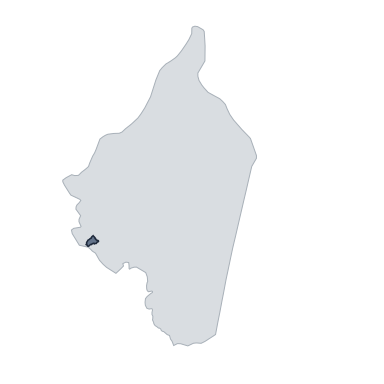 location of Al-Qardaha, Lattakia, Syria, rotated 317°
{"feature_id": "27442178B45607569668873", "entity_name": "Al-Qardaha", "entity_type": "district", "adm_level": 2, "iso_a3": "SYR", "parent_name": "Syria", "parent_adm1": "Lattakia", "projection": "equal_earth", "projection_center": [36.094, 35.442], "detail": "fine", "context": "in_parent", "style": "filled", "palette": "slate", "viewbox_px": 384, "rotation_deg": 317, "n_neighbors": 0, "source": "geoboundaries", "source_scale": "gbopen_adm2", "svg_char_len": 3810}
<svg xmlns="http://www.w3.org/2000/svg" viewBox="0 0 384 384"><g transform="rotate(317 192 192)"><path d="M77.9,137.6L80.7,137.9L86.4,141.7L87.4,141.5L89.1,136.6L90.8,134.9L94.4,133.4L95.4,125.4L97.1,123.8L99.1,123.0L102.2,122.9L104.9,122.4L105.0,121.0L101.3,111.7L101.6,109.4L103.4,100.0L104.5,96.4L105.6,95.2L109.8,95.7L115.8,97.3L117.4,100.0L120.3,102.4L124.7,102.2L129.7,102.7L133.7,102.8L136.8,101.1L143.9,98.0L147.4,97.0L150.6,95.6L160.8,90.5L164.9,90.9L167.8,91.6L169.9,92.4L174.8,95.9L178.8,99.4L181.6,100.4L186.7,100.4L194.0,101.0L202.9,101.0L208.2,100.0L214.8,98.3L226.6,94.1L242.1,85.4L251.2,81.2L255.2,80.7L260.3,80.6L265.5,81.7L271.4,82.5L274.1,82.5L280.4,81.6L288.5,79.8L293.7,78.4L299.8,76.0L303.6,72.1L304.8,71.7L306.5,72.4L307.2,72.7L308.9,74.9L310.7,80.7L310.7,81.3L310.4,82.9L306.5,87.7L301.2,94.1L297.3,98.2L290.8,105.0L285.8,106.5L277.4,109.0L275.2,111.4L273.2,115.2L272.1,120.5L271.8,123.9L271.7,130.1L273.8,136.5L275.9,142.7L276.2,146.8L276.1,150.8L274.4,155.1L272.5,161.1L271.5,167.8L271.1,180.4L271.3,191.1L271.2,192.8L267.9,200.4L264.0,209.3L262.1,211.3L253.2,214.0L243.5,220.5L232.7,227.8L222.8,234.4L212.4,241.4L201.7,248.6L194.0,253.8L183.6,260.7L174.2,267.3L164.7,274.0L157.4,279.1L146.4,287.2L139.9,291.9L130.4,298.9L121.9,305.0L112.0,312.3L99.5,310.1L95.5,308.9L92.3,305.4L89.9,303.6L84.0,301.7L80.2,295.2L77.9,292.9L73.9,291.8L75.6,287.7L76.0,284.9L77.7,281.6L76.6,279.4L76.1,274.7L75.3,273.6L75.1,272.3L75.7,270.9L75.4,269.3L74.7,268.7L74.4,266.3L73.9,264.6L74.2,262.5L75.0,261.2L75.9,258.6L77.0,257.8L78.7,256.1L79.1,254.4L80.6,252.8L82.6,251.4L83.1,250.3L82.8,249.7L80.8,248.4L79.7,246.3L80.6,243.1L81.3,242.1L82.5,240.6L85.2,238.3L87.3,237.9L89.1,237.9L92.2,238.1L94.6,238.5L95.2,237.9L95.1,237.1L92.1,235.2L92.0,233.7L92.7,232.1L94.8,229.6L97.3,227.7L98.5,227.3L101.4,223.6L103.2,219.4L100.2,209.1L98.4,207.5L95.5,206.1L93.8,205.9L93.7,205.2L96.0,202.6L97.6,200.4L95.8,198.2L92.6,197.2L91.4,199.4L87.3,199.6L80.9,199.6L78.1,188.8L77.7,184.2L77.8,178.8L79.7,170.9L78.8,167.2L78.8,164.8L78.3,161.4L73.3,154.1L76.0,140.8L77.9,137.6Z" fill="#d9dde1" stroke="#a8b0b8" stroke-width="1"/><path d="M89.9,156.5L89.1,156.5L88.7,156.4L88.3,156.4L88.0,156.5L87.8,156.5L87.7,156.6L87.4,156.8L87.2,156.8L87.1,156.7L86.9,156.7L86.8,156.8L86.6,157.0L86.4,156.9L86.2,156.9L85.8,156.7L85.7,156.7L85.4,156.6L85.1,156.6L84.6,156.6L84.4,156.6L84.2,156.6L83.9,156.5L83.7,156.5L83.5,156.4L83.3,156.4L83.2,156.3L82.9,156.4L82.7,156.4L82.4,156.5L82.1,156.6L81.8,156.8L81.6,156.9L81.4,156.8L81.2,156.8L80.9,156.9L80.6,157.0L80.3,157.2L80.2,157.3L80.1,157.5L79.8,157.9L79.8,158.0L79.6,158.1L79.3,158.2L78.8,158.1L78.7,158.3L78.7,158.5L78.9,158.6L79.1,158.7L79.2,158.9L79.2,159.1L79.1,159.3L79.1,159.5L79.0,159.8L78.9,159.9L78.8,160.0L78.8,160.4L78.8,160.5L79.0,160.8L79.2,161.0L79.4,161.1L79.6,161.2L79.8,161.2L80.0,161.2L80.4,161.1L80.5,161.1L80.8,161.2L81.0,161.2L81.4,161.2L81.6,161.2L81.8,161.2L82.0,161.2L82.2,161.3L82.3,161.3L82.5,161.4L82.6,161.6L82.6,161.8L82.7,162.0L82.8,162.0L83.0,162.0L83.2,161.9L83.4,161.8L83.5,161.8L83.8,161.8L84.0,161.8L84.3,162.0L84.5,162.2L84.6,162.4L84.8,162.4L85.0,162.4L85.3,162.5L85.2,162.8L85.3,163.1L85.4,163.3L85.4,163.5L85.5,163.5L85.9,163.6L86.1,163.6L86.4,163.8L86.5,164.0L86.8,164.3L87.1,164.3L87.3,164.3L87.5,164.2L88.0,164.0L88.1,163.9L88.3,163.9L88.4,164.0L88.5,164.1L88.8,164.2L89.0,164.3L89.4,164.4L89.7,164.4L89.9,164.4L90.0,164.3L90.2,164.0L90.3,163.6L90.2,163.4L90.1,163.2L89.9,163.0L89.8,162.8L89.6,162.5L89.6,162.4L89.6,162.2L89.4,162.0L89.4,161.9L89.4,161.7L89.3,161.3L89.3,161.1L89.4,160.8L89.5,160.7L89.4,160.6L89.4,160.4L89.4,160.1L89.8,159.8L89.8,159.7L89.7,159.6L89.6,159.4L89.7,159.2L89.8,159.2L89.9,158.9L89.9,158.7L89.9,158.4L89.9,158.0L89.9,157.5L89.8,157.2L89.9,156.5Z" fill="#64748b" stroke="#1e293b" stroke-width="1.5"/></g></svg>